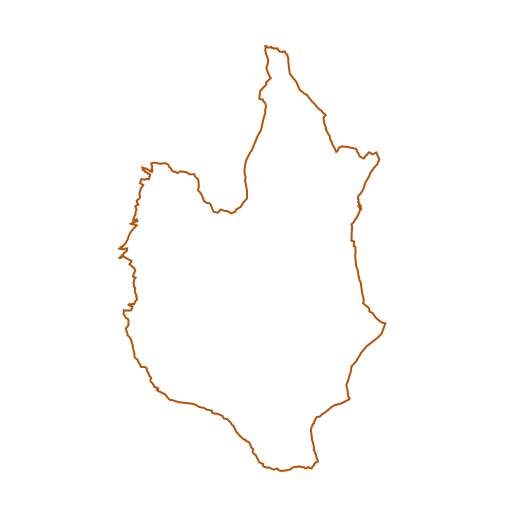 Slimnic, Sibiu, Romania (Equal Earth projection), rotated 277°
{"feature_id": "2599482B85072360210848", "entity_name": "Slimnic", "entity_type": "district", "adm_level": 2, "iso_a3": "ROU", "parent_name": "Romania", "parent_adm1": "Sibiu", "projection": "equal_earth", "projection_center": [24.168, 45.943], "detail": "fine", "context": "isolated", "style": "outline", "palette": "amber", "viewbox_px": 512, "rotation_deg": 277, "n_neighbors": 0, "source": "geoboundaries", "source_scale": "gbopen_adm2", "svg_char_len": 6080}
<svg xmlns="http://www.w3.org/2000/svg" viewBox="0 0 512 512"><g transform="rotate(277 256 256)"><path d="M125.8,366.4L127.0,365.2L128.4,364.5L134.5,363.0L139.0,361.4L143.1,362.5L148.7,363.3L152.1,364.1L158.2,364.3L164.8,369.0L165.3,368.8L169.9,371.1L172.0,371.7L180.0,376.9L190.0,387.0L194.2,390.1L204.8,392.6L205.6,388.2L208.0,384.3L209.9,381.9L213.5,378.7L214.7,375.4L217.5,374.7L218.3,374.1L222.2,368.0L224.1,368.3L226.7,368.0L232.6,365.7L242.3,363.2L244.6,361.7L248.8,360.3L249.4,359.8L251.7,359.5L255.1,358.3L258.1,356.6L268.8,354.3L270.3,354.5L276.9,353.6L277.5,353.0L277.6,351.8L282.3,351.6L282.6,350.8L282.6,349.1L283.3,348.7L286.2,348.8L287.1,348.4L297.3,347.8L298.2,347.1L299.1,346.9L301.3,348.8L304.4,350.0L307.0,351.7L313.8,353.6L315.7,353.4L316.2,353.9L316.0,354.3L316.9,353.9L316.7,353.6L316.8,352.7L317.3,352.4L317.7,353.3L317.2,353.9L317.7,354.2L318.7,353.7L318.4,353.0L319.2,352.5L318.9,351.8L319.9,352.1L319.8,351.8L321.8,351.4L321.8,350.8L324.0,351.1L324.9,350.4L327.9,350.1L331.1,352.5L335.8,354.5L341.9,355.5L349.2,358.7L351.2,358.9L353.3,359.9L357.3,361.9L362.1,365.4L364.5,365.7L366.7,366.7L373.4,362.8L371.0,359.3L372.3,357.1L372.6,355.3L370.2,354.0L369.9,353.3L365.9,351.1L367.3,347.2L367.8,346.5L370.3,345.2L371.8,343.7L373.7,342.9L374.7,341.7L375.4,332.7L375.3,328.0L374.3,326.3L373.3,325.1L370.6,324.4L369.0,323.0L372.4,321.0L376.3,318.1L378.7,317.1L380.2,315.7L384.5,314.3L385.6,313.0L390.7,309.6L391.4,310.0L396.9,307.2L401.5,306.2L402.1,306.3L404.3,308.1L406.7,304.5L407.9,303.6L409.9,300.2L411.4,298.3L413.7,296.1L415.7,293.4L418.5,290.3L421.8,287.3L423.6,283.2L425.0,281.6L425.4,280.2L426.8,278.8L430.8,276.3L432.1,275.9L434.0,274.5L440.5,267.8L441.8,267.1L452.9,264.3L455.6,264.1L459.5,262.5L460.7,260.6L462.4,259.9L462.6,259.4L462.0,258.2L462.0,257.5L461.5,257.2L461.9,256.1L461.8,254.3L462.7,253.7L462.9,253.1L464.8,252.0L464.2,250.9L464.6,249.7L463.9,248.4L464.5,247.7L464.3,246.6L465.4,245.9L464.5,243.9L464.3,242.4L465.4,241.0L465.3,240.4L466.2,239.3L464.4,240.1L461.1,240.2L457.9,241.3L452.4,244.2L448.4,244.3L444.9,243.4L443.2,243.6L437.0,246.9L434.3,249.0L429.5,244.8L427.9,245.4L426.2,244.6L424.7,243.1L420.1,240.0L412.5,240.1L412.0,242.2L412.3,243.5L410.3,244.4L410.2,245.0L409.1,246.3L406.2,247.7L401.4,247.3L399.3,247.8L393.1,246.7L381.5,245.6L375.0,242.9L359.9,238.8L358.0,237.6L350.5,234.8L344.8,234.1L339.6,234.1L336.4,234.7L333.2,236.1L328.9,235.9L327.2,236.8L319.1,239.2L313.3,240.0L311.6,239.8L307.5,236.9L302.8,234.7L299.5,230.5L297.4,230.0L295.4,226.3L295.4,225.6L296.0,224.9L297.1,221.9L297.0,219.1L297.8,215.1L295.0,213.5L294.3,212.6L294.6,208.9L296.0,207.7L301.8,204.5L302.6,203.2L302.8,202.3L302.6,200.8L303.1,199.4L303.9,198.7L304.1,197.7L309.6,194.9L312.4,192.7L313.8,190.9L314.7,190.4L317.5,190.8L323.5,189.8L325.5,188.7L326.9,186.3L329.7,184.6L328.9,180.3L330.7,176.6L330.8,170.2L329.0,168.5L328.8,167.8L329.9,165.4L329.5,164.3L330.5,162.2L332.4,161.1L333.6,159.1L335.7,158.0L337.1,155.1L336.6,152.9L336.7,152.0L335.8,150.4L336.3,143.6L335.4,141.0L334.0,140.9L332.5,142.1L329.6,141.9L329.0,142.4L328.5,141.8L327.9,142.5L326.7,142.4L327.9,139.3L329.5,136.5L329.5,134.8L329.9,132.4L327.3,133.4L327.4,135.1L326.0,135.5L325.4,137.9L324.4,138.8L324.1,140.7L323.0,141.2L321.6,140.4L319.4,140.4L319.0,140.0L319.3,139.0L319.0,137.3L318.0,136.3L318.3,135.2L318.3,132.8L314.3,132.0L312.6,135.5L309.0,133.5L303.2,132.6L301.9,133.1L301.5,133.7L299.4,133.6L296.4,130.8L294.2,131.7L292.7,133.1L290.8,130.1L287.3,131.8L285.2,131.1L282.2,131.3L281.9,131.1L282.2,130.9L281.9,130.8L276.4,129.7L277.9,133.2L276.3,134.2L272.7,127.7L272.5,128.0L272.6,128.9L271.9,133.9L266.1,129.7L263.3,128.2L260.3,127.2L258.0,127.0L252.4,124.9L251.1,123.6L249.0,122.5L247.8,121.0L248.3,121.0L246.6,119.4L246.3,121.3L246.7,122.4L246.4,122.7L247.9,127.2L245.6,127.2L242.9,124.6L242.6,124.8L237.5,120.8L237.3,121.1L237.5,121.8L238.2,122.3L238.5,123.1L239.9,124.2L239.0,125.3L237.7,128.2L236.0,133.0L234.7,132.8L232.4,131.3L230.0,135.3L227.7,137.8L226.2,138.0L224.3,137.0L220.7,136.2L219.9,139.1L217.7,137.8L216.5,138.0L214.1,137.7L212.7,138.4L210.7,138.7L209.7,139.4L209.5,140.1L206.0,139.9L201.7,142.4L201.2,142.0L198.6,143.3L196.7,141.9L193.1,140.8L193.6,139.2L192.1,138.3L193.1,136.4L192.1,135.6L191.0,138.0L190.6,139.5L187.1,138.8L186.4,137.4L186.2,133.9L185.7,132.9L186.1,131.5L182.3,131.6L178.7,134.5L177.8,136.6L176.4,137.3L172.1,137.8L170.5,137.2L168.4,135.7L167.2,135.9L163.3,137.9L161.9,138.0L160.0,140.3L158.4,141.8L156.8,142.5L152.6,144.4L149.7,145.1L144.8,147.1L141.5,147.6L140.5,148.1L138.3,151.3L136.6,152.1L133.5,154.7L132.0,155.1L131.8,155.8L132.2,157.1L132.2,159.6L131.1,161.3L129.1,161.5L126.2,163.8L124.2,164.7L122.3,166.8L120.0,166.3L118.4,166.6L117.1,168.8L116.1,169.4L115.3,170.3L113.4,171.3L113.2,174.2L112.7,175.1L112.1,175.1L111.3,174.1L110.6,174.4L109.5,176.8L109.6,177.6L108.3,180.0L108.3,181.4L107.2,183.0L103.4,186.9L102.6,188.6L102.8,190.4L102.0,194.1L101.5,198.2L101.6,211.1L100.5,215.5L99.2,217.9L98.9,222.6L97.3,226.8L97.4,229.4L96.9,231.2L95.6,231.3L94.9,232.1L94.5,233.9L94.8,236.0L94.2,239.0L93.5,240.6L93.3,242.1L91.7,243.0L90.6,244.3L90.7,247.2L87.6,251.1L85.7,252.6L84.2,254.7L79.3,257.7L78.3,258.7L77.6,260.0L76.1,261.1L72.4,266.2L72.6,267.2L70.8,269.5L70.8,270.8L69.4,272.6L65.4,274.7L63.9,276.7L61.4,276.4L60.3,277.0L58.0,280.2L51.9,284.2L51.3,285.3L50.5,288.4L48.9,288.2L47.5,290.0L47.6,291.6L47.1,293.3L47.6,294.1L47.7,295.1L46.3,298.5L46.2,299.7L47.6,303.1L46.0,304.9L45.8,307.6L46.7,311.7L48.6,316.6L50.2,317.6L51.2,319.5L51.5,320.6L51.4,321.4L52.3,324.1L52.2,324.6L52.6,325.0L52.0,326.8L52.2,329.6L51.4,330.1L51.2,331.3L53.0,334.0L52.2,334.9L51.7,335.9L52.1,337.3L53.2,337.4L56.5,339.5L57.2,339.3L57.5,339.9L58.3,340.2L59.2,342.2L59.7,342.3L60.9,342.2L63.2,340.6L66.6,339.7L67.4,338.8L69.0,338.2L70.6,336.8L71.4,337.2L73.2,336.8L77.8,335.3L80.5,333.9L84.8,333.1L89.7,331.6L93.3,332.1L96.6,333.2L96.8,333.9L98.9,334.0L102.3,335.3L103.5,335.8L104.2,338.7L106.7,340.6L110.1,344.7L115.8,349.8L117.9,353.0L119.3,357.1L120.4,359.2L124.9,365.6L125.8,366.4Z" fill="none" stroke="#b45309" stroke-width="2"/></g></svg>